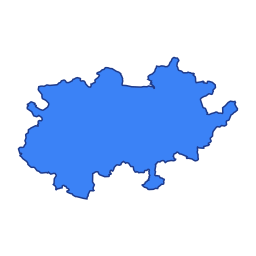 map outline of Anhui (Equal Earth projection), rotated 94°
{"feature_id": "CHN-1179", "entity_name": "Anhui", "entity_type": "Province", "adm_level": 1, "iso_a3": "CHN", "parent_name": "China", "parent_adm1": "", "projection": "equal_earth", "projection_center": [117.353, 32.025], "detail": "fine", "context": "isolated", "style": "filled", "palette": "blue", "viewbox_px": 256, "rotation_deg": 94, "n_neighbors": 0, "source": "natural_earth", "source_scale": "10m", "svg_char_len": 5808}
<svg xmlns="http://www.w3.org/2000/svg" viewBox="0 0 256 256"><g transform="rotate(94 128 128)"><path d="M201.6,164.0L201.3,167.4L200.0,174.5L200.1,175.5L198.8,178.2L197.6,179.1L197.3,181.1L196.2,184.1L195.7,184.5L195.1,184.4L194.4,182.7L193.9,182.5L193.3,182.7L192.8,183.2L192.0,185.1L190.6,185.7L190.4,187.2L189.7,187.9L189.8,188.8L190.4,189.5L192.3,189.6L192.6,191.2L193.3,192.7L193.4,193.9L194.6,195.3L194.4,195.7L192.2,195.7L190.9,196.6L189.6,198.6L188.6,197.9L183.8,198.0L180.7,196.3L180.1,196.4L178.5,197.5L178.4,198.9L179.4,201.8L177.6,204.4L178.5,204.9L178.1,206.5L178.9,210.7L178.8,212.1L177.5,213.7L176.9,215.8L174.0,218.4L173.7,219.6L174.0,221.2L173.7,222.3L171.3,225.3L170.0,225.5L168.5,226.7L165.8,230.9L164.2,232.2L163.3,233.7L162.7,233.9L161.8,232.6L161.1,232.3L160.7,232.8L160.8,234.1L156.5,235.8L155.1,234.7L154.8,234.1L154.7,231.6L154.3,230.7L152.6,230.1L151.1,229.0L149.8,229.0L147.9,229.9L145.0,229.0L141.9,229.6L141.1,229.1L139.7,227.2L136.6,227.2L135.6,225.7L134.8,224.9L132.5,220.9L132.2,220.2L132.4,217.9L131.7,217.8L130.7,218.4L129.7,217.5L128.5,218.1L127.4,217.9L126.7,216.9L126.9,215.2L125.7,214.1L125.4,214.1L123.6,214.8L121.7,217.8L121.8,218.2L122.5,218.6L123.1,220.0L122.4,222.9L118.5,225.2L115.8,229.8L114.2,230.0L112.7,228.9L112.4,229.1L112.0,229.9L111.4,230.0L110.1,228.0L108.9,227.0L108.7,226.1L109.8,222.8L110.0,222.5L111.0,222.9L111.9,221.2L112.4,221.2L113.0,221.6L113.4,221.2L115.5,217.3L116.2,214.7L116.0,213.6L112.8,209.7L110.4,208.7L108.8,208.9L106.5,211.4L105.6,213.0L104.9,214.9L104.5,215.5L103.0,216.0L100.6,216.2L96.7,219.8L95.8,220.2L93.0,219.9L92.3,217.7L92.2,216.2L92.3,214.6L90.7,211.9L91.0,209.1L89.8,201.8L89.2,201.1L87.9,200.1L87.3,198.6L85.6,197.7L84.7,195.4L84.7,194.8L85.1,194.0L86.9,192.5L86.9,191.1L86.7,190.0L84.8,187.0L83.2,186.2L82.9,184.9L82.0,183.9L81.3,182.1L81.8,179.3L82.3,178.8L83.5,179.0L84.2,178.6L84.4,177.7L84.1,176.5L84.2,175.2L85.3,174.0L86.9,173.3L89.2,171.0L89.8,169.9L89.8,168.2L88.3,167.7L86.8,168.0L86.5,166.8L85.6,165.7L84.9,164.1L84.3,163.9L83.1,164.3L82.2,164.2L79.7,161.4L78.0,160.3L77.5,160.2L77.0,160.5L76.1,162.8L75.3,162.7L74.7,161.9L73.7,159.6L71.8,157.9L71.2,156.0L69.5,154.9L69.3,154.3L69.3,152.2L69.9,150.0L69.9,148.0L72.3,143.5L72.9,141.2L74.3,139.0L75.2,139.0L75.9,138.3L79.1,136.8L80.5,136.9L81.4,136.5L84.6,137.0L85.8,136.6L85.8,132.8L86.6,127.1L86.3,117.8L85.6,115.4L85.5,111.9L84.6,110.3L85.1,107.6L84.7,106.9L85.0,106.2L86.6,104.8L86.5,104.5L85.4,104.6L84.1,105.8L83.0,107.4L82.5,108.8L81.4,107.6L81.0,108.4L79.5,107.9L79.3,108.9L78.0,111.6L77.5,111.1L76.9,111.0L75.5,111.6L74.9,111.3L73.5,109.8L72.3,107.4L69.8,105.3L67.3,104.8L66.2,104.1L64.3,103.8L64.6,101.1L63.9,99.6L63.7,98.7L63.8,96.3L64.2,95.3L64.0,93.0L62.2,91.4L59.6,90.6L58.6,89.7L55.9,88.8L55.1,88.1L54.4,87.0L54.9,85.2L54.8,83.6L56.6,82.2L57.3,82.0L59.3,83.3L62.7,83.6L64.1,82.6L66.2,82.0L66.9,81.4L67.6,78.5L69.0,76.8L69.1,76.3L68.8,72.9L68.1,72.0L68.5,70.8L68.5,69.6L69.1,68.3L68.9,66.6L69.2,65.9L69.5,65.8L70.2,66.6L70.7,66.6L72.1,64.6L73.7,64.1L76.7,63.8L78.0,63.1L76.9,58.4L76.1,56.4L76.6,55.6L77.4,56.0L77.6,55.7L77.9,52.5L77.5,52.1L76.0,51.9L75.8,50.4L76.6,47.0L78.9,44.0L81.6,43.6L84.4,45.9L85.6,45.5L86.4,45.9L88.1,46.2L88.6,47.1L88.2,49.3L88.3,49.9L90.5,52.4L91.3,54.5L92.9,56.9L94.0,57.7L94.8,57.7L102.1,54.7L102.6,54.2L102.9,52.5L103.2,52.1L105.3,51.0L106.2,50.9L107.2,49.8L108.7,50.1L108.9,48.1L108.7,47.4L107.8,45.9L106.8,43.0L105.9,41.3L106.1,40.1L106.9,38.7L106.7,36.7L106.9,34.9L106.2,34.5L101.2,35.0L99.0,32.5L95.6,29.9L94.1,27.7L94.4,24.5L94.0,23.2L95.3,22.5L96.4,23.2L96.8,23.1L99.9,21.2L100.9,20.2L102.5,20.2L104.5,22.2L105.0,23.2L106.9,24.8L107.7,26.1L112.9,27.8L113.3,28.3L113.9,29.9L114.3,30.3L115.3,30.4L117.6,29.9L118.4,30.4L119.3,31.9L119.0,34.8L120.6,36.5L120.4,38.9L121.0,39.9L125.4,42.8L127.0,43.2L130.1,43.1L132.4,45.2L133.5,45.1L134.7,44.3L135.5,44.2L136.7,45.1L137.6,46.7L138.6,46.6L138.9,45.9L139.4,46.2L139.9,46.9L140.3,48.6L140.8,49.7L141.1,51.0L141.5,51.2L142.7,50.9L142.9,51.3L142.9,55.8L142.2,57.3L143.0,57.4L145.5,57.0L146.7,57.3L148.3,57.0L149.6,56.3L152.5,56.1L153.8,55.7L154.6,55.8L155.6,56.9L156.1,58.7L155.4,60.3L154.4,62.1L154.0,65.3L154.2,67.2L153.6,67.6L152.6,67.0L152.3,67.5L150.4,72.8L150.2,74.8L148.9,76.3L148.6,77.4L150.0,78.7L150.6,80.2L153.2,80.9L153.6,80.4L155.5,79.7L155.8,78.3L156.4,78.4L157.1,79.1L157.5,80.3L157.4,82.7L158.4,86.5L159.9,88.4L158.3,89.8L158.0,90.7L158.4,92.4L159.6,93.7L159.6,95.4L160.0,96.2L161.9,97.3L162.1,97.9L162.5,98.1L164.0,97.7L168.5,98.2L169.6,97.5L173.0,98.0L173.7,97.0L173.5,96.0L173.8,93.4L175.3,92.6L175.7,90.3L176.3,89.6L176.6,88.4L177.1,88.2L178.7,88.8L180.0,88.4L181.3,88.6L181.7,89.3L181.8,90.7L182.6,91.3L184.7,93.7L186.3,94.2L186.3,96.4L187.4,98.4L187.9,102.5L187.8,103.7L186.7,104.7L186.2,105.9L185.9,107.5L184.2,109.8L183.7,109.8L183.5,108.7L182.3,107.2L181.0,107.0L179.8,105.2L178.7,104.9L178.7,103.9L178.5,103.6L176.7,103.9L175.9,103.2L174.9,103.6L174.0,102.9L171.6,104.0L170.6,103.7L169.7,104.2L168.7,103.7L168.0,104.0L167.8,104.5L167.9,105.3L169.0,106.3L169.2,108.1L169.7,108.5L171.0,108.7L171.4,109.2L171.4,112.0L171.9,114.2L171.2,115.1L170.9,116.2L171.5,116.9L171.4,117.8L169.3,119.4L166.5,120.0L166.2,120.6L166.2,122.5L163.1,124.9L162.6,126.6L163.3,128.0L162.4,128.8L162.2,129.6L161.7,130.1L162.4,131.2L163.9,132.4L164.7,132.4L165.1,132.6L165.7,134.0L165.5,136.2L165.8,137.0L168.1,138.9L170.6,139.5L171.9,140.1L172.1,140.5L171.3,141.8L171.7,142.6L173.7,143.0L174.4,141.8L174.9,141.6L175.3,141.9L175.8,143.6L177.0,143.3L177.7,143.8L178.2,147.8L176.6,153.0L175.8,153.9L174.0,154.8L173.8,155.6L173.9,156.8L174.4,157.8L175.3,158.8L175.9,160.0L184.3,159.6L187.0,157.6L189.9,158.6L191.6,158.5L192.7,157.6L193.1,158.3L193.1,160.9L193.5,161.7L197.3,163.2L198.4,163.0L199.9,163.9L201.6,164.0Z" fill="#3b82f6" stroke="#1e3a8a" stroke-width="1.5"/></g></svg>